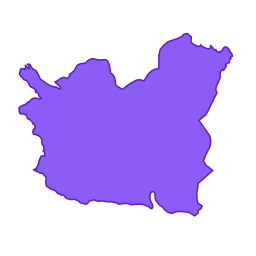 Garnic, Caras-Severin, Romania (Equal Earth projection), rotated 177°
{"feature_id": "2599482B142541919189", "entity_name": "Garnic", "entity_type": "district", "adm_level": 2, "iso_a3": "ROU", "parent_name": "Romania", "parent_adm1": "Caras-Severin", "projection": "equal_earth", "projection_center": [21.779, 44.757], "detail": "fine", "context": "isolated", "style": "filled", "palette": "violet", "viewbox_px": 256, "rotation_deg": 177, "n_neighbors": 0, "source": "geoboundaries", "source_scale": "gbopen_adm2", "svg_char_len": 5386}
<svg xmlns="http://www.w3.org/2000/svg" viewBox="0 0 256 256"><g transform="rotate(177 128 128)"><path d="M224.5,91.5L224.5,91.4L224.3,91.2L223.0,90.3L221.6,90.7L221.8,90.4L221.9,90.1L221.9,89.6L221.0,89.2L220.5,89.1L218.5,87.7L217.7,87.5L216.9,87.4L216.3,87.3L215.6,86.9L214.7,86.0L214.2,85.1L213.9,84.6L213.1,84.4L212.7,83.3L212.2,81.4L213.0,78.9L212.8,77.9L212.9,77.1L212.8,75.4L212.5,74.4L212.2,73.9L210.7,73.2L209.5,72.0L208.7,71.2L206.7,70.4L205.8,70.2L204.6,69.5L203.0,68.4L202.7,67.6L201.8,66.7L201.2,66.0L200.4,66.2L199.6,65.5L199.1,65.0L198.2,64.5L196.8,64.5L195.8,64.3L194.8,63.2L194.6,62.5L193.8,61.7L193.4,61.3L192.8,60.8L191.6,60.4L189.9,59.8L188.2,59.5L187.1,59.6L185.6,59.6L184.5,59.4L183.5,58.7L182.8,58.7L182.2,58.5L180.7,57.2L179.5,55.7L178.8,55.5L177.9,55.4L176.1,54.7L174.6,54.3L173.3,54.3L172.3,55.1L171.3,56.0L170.6,57.1L169.8,57.1L166.0,58.0L163.4,57.0L161.9,56.4L160.6,56.4L158.8,56.5L157.1,56.6L154.9,55.9L154.2,55.8L153.0,55.5L151.7,55.4L150.5,55.3L149.2,55.2L147.9,55.0L146.7,54.7L145.5,54.4L144.9,54.2L144.3,54.1L143.1,53.7L141.5,52.4L139.3,52.5L137.8,52.7L136.3,52.8L135.4,52.8L134.1,52.8L133.2,52.7L132.4,52.5L131.5,52.3L130.6,52.0L129.8,51.7L129.0,51.2L126.2,51.3L123.4,51.4L120.5,51.3L117.7,51.1L111.9,48.6L111.3,48.2L110.7,47.7L110.2,47.2L109.8,46.6L108.4,46.3L107.4,47.6L107.6,50.2L109.3,54.0L109.4,54.3L109.6,55.9L109.7,57.4L109.7,59.0L109.5,60.5L109.1,61.3L108.6,62.0L108.1,62.6L107.4,63.2L105.8,63.0L104.8,61.7L104.4,60.2L104.5,59.4L104.6,58.6L104.6,57.8L104.5,57.0L104.4,56.1L104.3,55.4L104.2,54.9L103.9,54.1L103.5,53.4L100.2,49.0L98.0,47.6L95.2,44.1L92.3,41.6L88.4,40.4L84.3,42.0L79.1,41.8L71.5,40.6L66.1,36.8L62.5,39.4L62.1,42.2L59.6,43.4L58.1,46.4L62.1,49.2L62.9,53.6L62.7,59.9L62.1,62.2L61.6,64.4L61.2,66.7L60.9,69.0L45.6,81.2L52.2,86.8L54.3,91.3L52.0,96.7L47.1,105.2L46.0,110.5L46.6,115.5L47.6,117.3L56.8,131.9L50.0,136.8L47.4,140.5L41.2,151.8L37.3,158.5L38.4,161.9L37.4,165.4L35.8,168.2L34.4,171.2L33.3,173.3L33.3,176.5L32.7,179.1L30.7,181.7L29.5,180.6L26.6,184.7L27.3,186.4L26.0,186.9L24.7,187.8L23.5,188.0L23.2,188.5L23.1,189.9L22.6,191.3L21.6,191.7L22.0,192.9L21.3,193.6L20.0,194.1L20.0,195.1L20.3,196.3L21.2,197.6L22.3,199.1L22.9,201.0L23.6,201.9L24.8,203.4L26.7,203.8L27.4,203.8L27.6,203.5L28.7,202.7L29.7,200.7L31.5,199.7L32.2,198.6L33.4,199.3L35.1,199.7L35.3,199.9L35.9,200.8L36.0,201.3L36.1,201.7L36.9,201.7L37.3,201.7L38.5,202.3L38.9,203.1L39.4,204.0L40.7,205.5L41.4,206.5L41.2,204.9L41.1,204.1L42.0,203.4L43.5,203.0L44.2,203.0L46.9,203.9L48.4,204.8L49.8,205.8L50.8,206.9L50.8,206.7L50.8,206.1L52.7,206.0L53.7,206.0L55.1,206.1L56.0,206.9L57.2,207.6L59.5,209.1L59.9,210.0L60.6,211.4L60.2,213.7L60.1,215.7L62.3,217.7L63.5,219.1L65.2,219.2L67.8,218.5L69.0,216.7L73.4,214.9L83.6,212.0L87.7,208.9L91.7,204.8L93.4,198.6L94.0,186.8L94.9,185.5L97.7,185.4L101.2,183.9L104.8,181.0L105.1,180.6L106.2,179.2L107.3,177.7L108.3,176.1L109.1,174.5L110.3,174.6L111.4,174.9L112.4,175.2L113.5,175.6L117.0,175.4L123.8,172.1L129.4,168.4L131.2,166.9L132.1,167.3L133.1,167.8L133.4,168.0L135.7,169.6L136.6,170.2L137.9,171.9L138.1,173.8L138.3,176.3L139.0,179.5L140.4,182.1L142.5,183.9L143.4,192.1L144.7,195.9L146.8,197.4L154.3,197.5L155.7,198.0L157.2,198.4L158.6,198.8L160.1,199.1L162.5,198.5L163.4,198.0L164.3,197.5L165.1,196.9L165.9,196.2L166.6,195.5L168.0,194.9L169.2,194.9L170.4,194.8L171.5,194.7L172.6,194.5L173.7,194.2L174.3,194.0L175.7,193.0L176.3,191.8L177.1,190.6L177.9,189.4L178.7,188.3L179.3,187.6L180.8,186.4L182.2,185.4L183.6,184.5L183.9,182.7L186.1,180.6L186.9,181.1L187.8,181.5L188.7,181.8L189.6,182.0L192.3,181.3L195.5,179.1L198.4,177.9L197.6,176.7L193.4,172.6L193.6,170.6L194.5,170.9L195.5,171.3L196.3,171.8L197.0,172.5L198.6,172.7L200.1,173.1L201.6,173.6L203.0,174.1L206.3,176.1L213.3,181.7L213.9,183.7L214.6,185.6L215.5,187.6L216.4,189.4L217.1,190.1L217.8,190.7L218.8,191.3L219.8,191.8L221.9,194.8L222.2,195.7L222.5,196.5L224.2,197.1L225.0,196.9L224.8,196.6L223.9,195.8L223.5,194.6L223.4,192.6L225.0,193.4L225.8,194.2L226.5,195.6L227.2,195.8L227.0,194.7L227.3,193.3L228.1,191.9L228.6,192.6L229.7,192.6L231.5,192.6L232.0,192.4L232.5,192.2L232.3,191.5L233.0,189.9L233.6,187.7L232.5,185.4L230.8,183.7L229.4,181.7L226.8,180.7L225.9,179.8L224.0,175.2L222.2,173.7L220.4,172.9L217.6,170.5L218.6,169.7L218.4,168.7L215.9,167.6L215.3,164.7L213.2,162.1L215.1,161.6L217.4,162.5L220.1,162.9L223.2,161.6L225.1,159.3L226.0,159.3L226.8,159.1L227.0,158.8L227.3,158.4L228.2,157.7L230.5,156.4L231.8,156.3L232.2,155.8L233.0,155.5L234.0,155.4L234.6,155.1L235.1,154.0L236.0,153.4L235.5,151.0L235.7,149.7L235.4,149.3L234.9,148.2L234.2,147.5L233.2,147.9L232.3,147.8L231.6,147.3L231.0,147.3L230.1,146.7L229.5,146.8L228.7,146.0L228.2,144.3L228.2,143.4L227.0,142.0L226.6,142.3L225.9,142.0L225.3,141.1L223.9,139.8L223.1,138.4L222.9,137.3L222.7,137.2L221.3,136.3L220.9,135.7L220.8,134.7L220.9,133.8L220.8,132.7L221.5,132.2L222.1,131.9L222.6,131.4L223.1,129.6L223.3,128.8L222.6,128.0L222.9,127.2L222.6,126.7L222.3,126.7L221.9,126.8L219.9,126.0L218.0,125.1L216.5,124.1L215.2,122.1L214.7,120.6L214.7,119.1L214.7,117.4L214.6,116.2L213.6,115.1L213.1,113.4L213.0,111.3L213.9,109.4L213.3,109.0L212.6,107.9L212.6,106.9L212.6,106.0L212.9,104.2L214.5,104.7L215.3,104.6L216.0,104.3L216.7,103.9L218.9,99.0L219.3,96.8L219.7,96.0L220.1,95.1L220.6,94.2L221.1,93.4L221.7,92.6L222.2,92.2L222.7,91.9L223.2,91.6L224.5,91.5Z" fill="#8b5cf6" stroke="#5b21b6" stroke-width="1.5"/></g></svg>